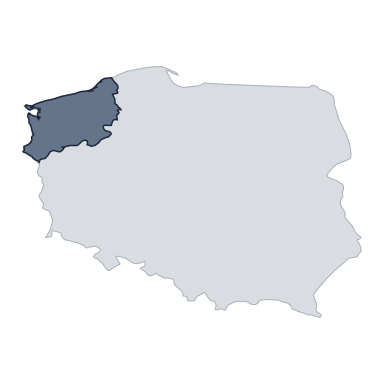 location of West Pomeranian within Poland
{"feature_id": "POL-3142", "entity_name": "West Pomeranian", "entity_type": "Voivodeship", "adm_level": 1, "iso_a3": "POL", "parent_name": "Poland", "parent_adm1": "", "projection": "natural_earth1", "projection_center": [15.248, 53.587], "detail": "fine", "context": "in_parent", "style": "filled", "palette": "slate", "viewbox_px": 384, "rotation_deg": 0, "n_neighbors": 0, "source": "natural_earth", "source_scale": "10m", "svg_char_len": 6893}
<svg xmlns="http://www.w3.org/2000/svg" viewBox="0 0 384 384"><path d="M342.8,208.8L344.7,211.8L345.5,214.1L344.8,216.0L345.2,217.8L352.2,225.8L355.0,231.6L356.7,233.8L360.5,236.8L360.9,238.0L359.5,239.1L357.3,239.5L356.7,240.5L359.1,243.3L361.0,247.9L361.0,251.6L359.7,252.6L358.2,254.8L357.2,256.8L348.4,258.3L346.3,260.5L341.6,264.7L338.4,267.1L333.7,271.5L326.2,279.1L315.4,291.8L313.5,294.8L314.0,297.2L316.2,302.9L316.7,305.4L316.4,307.8L315.8,309.9L316.0,310.8L321.0,314.8L321.2,315.6L320.8,316.6L319.8,317.4L316.0,316.6L311.8,314.9L310.4,315.1L308.2,314.8L298.8,311.6L292.5,309.2L291.8,307.6L290.5,305.2L287.8,303.3L281.7,301.6L279.2,300.3L269.3,299.6L265.0,299.6L262.0,300.1L260.0,300.0L257.4,303.5L255.6,304.5L252.9,304.6L250.6,304.0L248.1,302.2L244.2,301.2L241.4,301.7L239.4,301.3L237.6,301.2L237.0,301.5L235.6,301.5L233.5,302.3L231.3,303.6L228.8,304.5L226.9,306.5L225.3,310.4L220.4,308.6L218.8,309.4L216.6,309.9L215.0,309.4L215.3,308.0L216.0,306.5L215.9,304.4L215.4,302.1L213.9,301.3L211.7,301.0L210.5,300.5L210.4,299.8L209.2,298.8L207.1,296.3L205.2,293.1L203.9,292.2L202.0,293.7L199.2,295.4L197.4,296.0L194.1,300.8L187.9,301.0L187.5,298.7L186.8,296.5L183.1,296.0L183.0,294.7L182.2,291.5L174.8,285.2L173.9,282.6L174.2,281.6L173.7,279.9L172.1,278.9L166.3,277.7L164.9,278.4L163.5,277.7L161.4,276.2L157.8,275.0L157.4,274.4L156.1,273.3L155.4,273.1L154.9,273.8L153.9,274.7L150.2,275.9L148.7,275.4L147.3,274.4L145.8,272.2L143.5,270.3L141.7,269.6L140.6,268.6L140.4,267.8L144.4,266.3L145.3,264.6L144.7,261.7L144.1,261.3L142.5,262.3L139.1,263.2L136.0,263.6L134.4,263.6L125.4,258.2L119.6,256.6L116.1,256.1L115.8,256.7L117.3,259.7L120.0,263.4L119.9,264.4L114.9,266.6L112.8,267.8L111.0,269.6L109.4,270.4L108.0,270.2L106.6,269.4L102.8,263.9L98.2,259.7L97.6,258.7L96.1,258.5L94.1,257.5L93.4,256.3L94.4,254.9L95.8,253.7L98.3,252.9L99.1,252.2L99.5,251.1L100.5,249.7L100.2,249.2L98.4,247.7L95.8,246.2L88.4,247.3L86.4,248.1L85.3,247.1L84.4,245.5L82.6,245.3L80.0,243.9L77.0,242.5L74.1,242.1L68.0,240.2L65.6,240.1L64.3,239.4L62.9,237.9L61.7,236.3L61.0,233.0L56.5,231.6L52.1,230.6L51.7,231.1L51.9,234.4L51.7,236.2L48.7,237.3L45.8,237.4L46.0,236.8L49.5,230.9L51.1,227.1L52.8,220.3L50.7,214.9L50.1,212.4L49.1,211.2L43.0,208.6L42.5,207.7L43.5,204.1L43.0,202.6L41.6,201.0L39.6,197.9L38.9,195.3L41.4,192.1L43.1,186.7L44.0,184.5L42.4,183.3L42.0,181.6L42.4,179.1L41.6,177.3L39.4,176.1L38.0,174.5L37.4,172.5L37.9,169.5L39.6,165.3L36.1,160.2L27.4,154.4L23.2,150.2L23.6,147.9L25.4,145.8L28.7,143.9L31.3,140.5L32.7,136.5L32.8,132.9L29.0,121.2L28.4,118.3L27.7,113.8L35.3,116.3L38.5,117.6L38.1,116.1L37.5,114.7L37.9,112.8L37.7,109.8L30.8,108.3L26.3,107.8L25.8,105.7L26.2,104.4L27.5,105.2L32.0,105.5L43.0,101.5L62.0,96.3L82.3,91.4L87.0,90.9L91.8,89.9L93.5,88.1L95.3,86.8L98.0,83.6L104.1,78.7L114.9,76.9L118.9,74.5L127.3,71.2L146.4,67.5L154.4,66.7L162.3,66.6L169.3,69.5L176.8,73.1L178.2,75.3L174.1,73.9L168.2,70.7L166.1,70.6L171.2,80.4L174.0,83.9L179.6,86.5L184.3,87.4L198.5,85.8L203.5,83.7L205.0,82.7L206.3,83.2L225.0,84.3L290.1,86.9L308.8,87.3L309.9,87.1L311.7,85.4L314.1,85.6L316.8,86.6L318.2,87.4L318.7,88.3L319.1,89.3L320.6,89.5L323.4,90.3L327.2,92.0L330.2,93.7L333.1,96.1L334.1,98.9L334.3,102.0L334.2,104.0L338.9,119.4L345.8,133.4L348.4,140.2L349.5,143.8L350.5,149.1L350.9,152.8L351.0,154.9L350.6,157.7L348.8,159.4L336.8,164.3L334.5,165.8L331.1,169.6L327.9,173.5L327.2,174.8L327.0,175.7L327.8,177.0L332.2,179.0L336.7,180.7L338.2,182.0L341.5,183.6L342.8,185.0L343.5,186.3L343.5,189.2L342.2,193.2L343.0,196.2L341.6,198.3L340.4,200.5L340.4,204.5L342.8,208.8Z" fill="#d9dde1" stroke="#a8b0b8" stroke-width="1"/><path d="M39.2,162.3L37.3,160.6L35.3,160.0L34.3,159.0L33.7,158.8L33.3,158.5L32.2,156.7L31.7,156.3L28.1,154.2L27.2,153.8L26.1,152.8L25.4,152.6L24.7,152.6L24.0,152.4L23.4,152.0L23.0,151.4L23.9,150.8L24.3,150.3L24.4,149.5L24.4,149.0L24.0,147.4L23.8,147.0L23.8,146.7L25.4,145.8L27.4,145.0L29.4,143.8L30.4,142.9L30.9,142.2L31.0,141.8L32.0,139.4L31.9,138.8L31.7,138.1L31.6,137.5L31.7,136.9L31.9,136.4L32.3,136.0L32.6,135.8L32.9,135.5L33.7,134.2L33.3,133.9L33.2,133.7L32.7,133.3L32.5,133.1L32.4,132.7L32.4,131.9L32.3,131.5L32.1,130.7L31.4,128.2L31.1,126.0L30.4,125.1L30.0,124.2L29.2,123.2L29.0,122.4L29.0,121.4L29.0,119.8L29.0,119.4L28.3,117.8L27.8,116.9L27.9,116.3L27.9,115.1L28.2,115.0L28.8,114.8L29.3,114.5L29.3,114.2L28.7,113.9L29.1,113.7L29.1,113.4L28.7,113.3L28.9,113.0L29.3,113.2L29.7,113.4L30.1,113.6L30.5,114.4L31.0,114.7L31.9,115.0L32.6,115.6L32.9,115.8L34.4,116.0L36.2,116.5L36.8,116.9L37.3,117.4L38.4,119.0L38.8,119.4L39.0,118.6L39.1,118.2L39.4,117.9L39.9,117.7L39.8,117.3L39.9,117.1L39.5,117.0L38.7,116.9L38.3,116.8L37.3,114.9L37.5,113.9L38.3,112.1L38.7,112.3L39.0,112.3L39.4,112.1L39.9,112.1L39.7,111.0L39.8,110.2L40.0,109.4L40.1,108.6L39.9,108.6L39.8,109.1L39.6,109.4L38.8,110.0L39.0,110.3L38.7,110.2L38.4,110.1L38.1,109.8L38.3,109.6L38.6,109.3L38.8,109.2L38.3,108.4L37.5,108.1L33.8,107.8L33.3,107.4L33.7,106.5L33.6,106.4L33.2,106.7L32.9,106.7L32.7,106.6L32.3,106.5L32.0,106.6L31.8,106.8L31.5,107.1L31.2,107.4L32.2,107.5L32.8,107.7L33.1,108.0L33.0,108.5L32.6,108.9L32.2,109.0L31.9,108.9L31.0,109.3L30.6,109.4L30.1,109.5L30.1,109.8L30.5,109.9L30.5,110.0L30.1,110.0L29.8,110.0L29.2,109.8L28.8,109.8L28.3,109.5L26.7,107.7L25.9,107.4L25.6,106.8L25.0,106.2L25.3,106.2L25.6,106.0L26.2,104.9L26.7,105.1L27.1,105.3L28.1,105.6L31.4,105.8L32.7,105.6L34.0,105.1L36.4,103.7L45.2,100.8L52.8,99.3L62.0,96.3L68.0,95.1L74.5,93.8L81.0,91.6L86.3,91.1L90.0,90.2L89.6,90.5L87.9,91.0L88.6,91.4L91.6,91.0L91.6,90.8L91.3,90.8L91.3,90.5L92.9,90.5L92.9,90.3L92.9,90.2L92.7,90.2L92.7,89.5L92.0,89.5L90.2,89.9L91.3,89.5L92.7,88.8L94.7,87.0L94.3,87.6L93.6,88.2L93.3,88.5L93.6,88.4L94.2,88.3L94.7,88.2L95.2,87.8L96.3,87.3L96.8,87.0L96.4,86.4L95.7,86.3L95.4,86.6L94.9,87.0L96.3,85.2L100.1,81.5L100.0,82.1L100.3,82.2L100.8,82.1L101.3,81.7L101.5,81.1L101.3,81.0L100.8,81.1L100.3,81.5L101.0,80.4L102.2,79.6L104.4,78.5L111.3,77.8L111.5,77.7L111.6,77.8L113.9,81.3L116.7,84.2L117.7,85.8L118.0,87.8L117.7,89.0L116.8,89.6L116.6,90.4L116.9,91.0L117.6,91.7L117.7,92.7L117.2,93.3L112.5,94.2L114.7,99.0L115.0,101.4L115.0,103.7L116.4,104.5L117.2,105.2L118.5,107.2L119.5,107.8L120.2,108.6L120.9,109.7L119.0,109.5L117.4,110.1L117.4,110.9L118.1,111.1L118.7,111.9L119.0,112.8L118.1,114.1L116.7,115.2L117.3,119.8L116.0,119.5L114.8,119.6L113.6,120.0L112.7,121.1L112.1,122.5L111.3,125.3L110.3,125.4L104.1,125.3L103.4,126.1L103.4,127.8L103.9,129.3L106.0,130.9L108.6,131.4L109.8,131.9L110.9,132.9L111.1,134.1L110.1,135.1L109.3,136.2L108.3,136.9L105.9,137.5L101.0,139.7L98.4,143.0L95.1,145.3L93.1,145.9L91.0,146.2L89.0,145.2L87.1,144.7L87.7,142.7L86.8,140.6L85.1,140.3L83.3,140.5L81.6,141.6L78.6,144.5L76.9,145.5L70.0,145.5L64.3,147.0L62.4,147.1L63.1,147.8L64.0,147.9L62.7,149.8L60.7,151.6L58.9,151.8L53.4,150.4L50.1,151.8L47.9,155.4L45.3,158.3L43.6,158.8L40.8,159.2L40.0,160.0L39.2,162.3Z" fill="#64748b" stroke="#1e293b" stroke-width="1.5"/></svg>